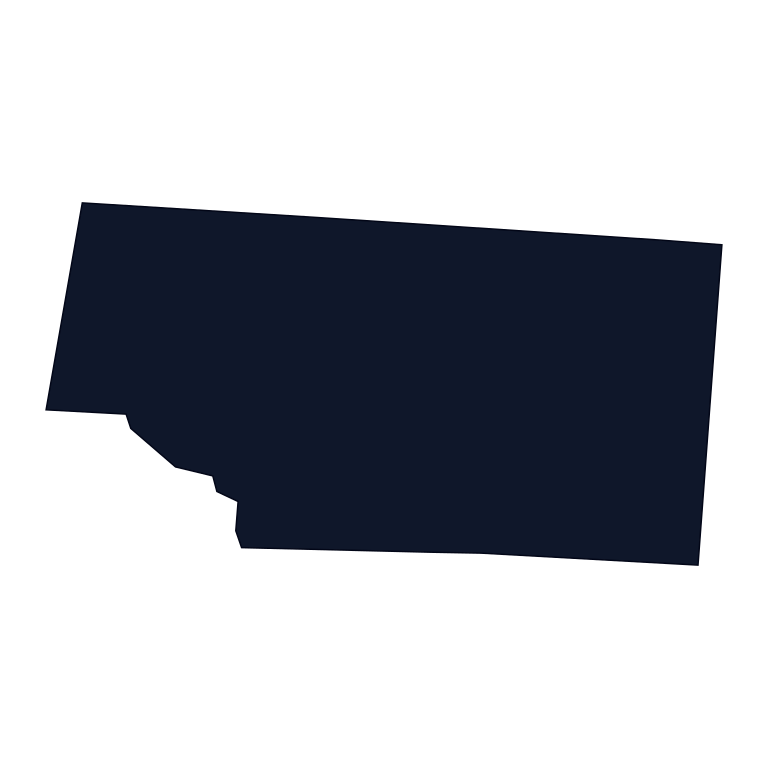 the district of Pike, Ohio, United States of America
{"feature_id": "52423323B24396319361709", "entity_name": "Pike", "entity_type": "district", "adm_level": 2, "iso_a3": "USA", "parent_name": "United States of America", "parent_adm1": "Ohio", "projection": "mercator", "projection_center": [-83.162, 39.073], "detail": "fine", "context": "isolated", "style": "filled", "palette": "ink", "viewbox_px": 768, "rotation_deg": 0, "n_neighbors": 0, "source": "geoboundaries", "source_scale": "gbopen_adm2", "svg_char_len": 333}
<svg xmlns="http://www.w3.org/2000/svg" viewBox="0 0 768 768"><path d="M46.1,409.8L126.1,414.1L130.8,428.4L175.5,466.9L212.8,475.9L216.9,491.5L238.1,501.5L235.8,530.8L241.6,547.6L431.5,552.2L480.8,553.1L698.0,565.1L721.9,244.8L660.5,240.1L317.2,217.5L82.3,202.9L46.1,409.8Z" fill="#0f172a" stroke="#020617" stroke-width="1.5"/></svg>